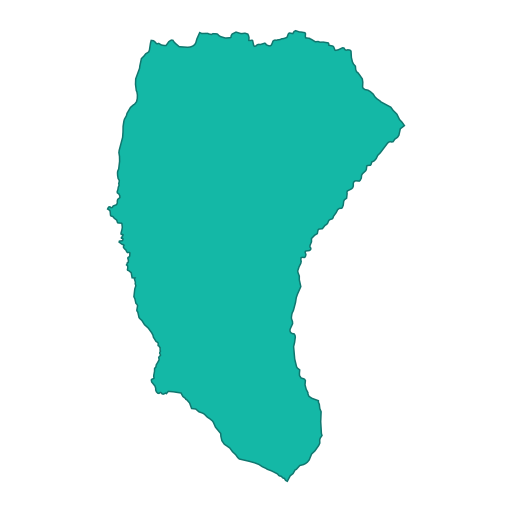 outline of Fatumean, Cova Lima, East Timor
{"feature_id": "22284137B11881161065747", "entity_name": "Fatumean", "entity_type": "district", "adm_level": 2, "iso_a3": "TLS", "parent_name": "East Timor", "parent_adm1": "Cova Lima", "projection": "natural_earth1", "projection_center": [125.027, -9.247], "detail": "fine", "context": "isolated", "style": "filled", "palette": "teal", "viewbox_px": 512, "rotation_deg": 0, "n_neighbors": 0, "source": "geoboundaries", "source_scale": "gbopen_adm2", "svg_char_len": 5992}
<svg xmlns="http://www.w3.org/2000/svg" viewBox="0 0 512 512"><path d="M404.4,125.6L402.1,122.3L399.5,119.5L396.9,114.2L393.1,110.4L390.8,107.2L380.9,101.9L380.2,101.1L376.9,98.8L374.8,96.7L373.2,94.1L370.3,91.6L368.0,90.2L364.7,89.5L362.8,87.8L362.6,86.9L362.8,82.2L362.3,78.9L359.9,75.4L358.0,72.8L357.2,72.4L356.1,70.8L355.7,69.5L355.4,66.2L353.5,64.1L352.4,61.8L351.4,57.6L351.0,51.1L349.9,50.1L347.8,49.8L346.3,50.2L345.1,49.8L343.9,48.0L342.5,47.8L338.3,49.8L335.6,50.4L335.0,50.2L333.7,47.0L332.8,46.1L328.8,45.2L328.8,43.9L328.2,42.9L323.3,42.1L320.0,42.2L318.1,41.5L315.4,41.8L311.3,39.3L310.3,39.0L309.7,38.4L305.6,37.8L305.3,36.2L305.5,33.8L304.9,32.7L300.8,32.0L299.5,32.0L295.6,30.7L294.1,31.5L292.8,33.6L289.5,33.0L288.7,33.4L288.2,34.2L287.2,36.8L286.8,37.4L285.7,37.9L283.5,38.6L281.7,38.8L280.0,39.6L277.6,39.9L276.3,40.3L275.1,40.1L274.2,40.3L273.0,41.1L272.2,43.3L271.2,45.3L270.0,45.9L268.8,45.8L266.3,44.8L265.5,43.5L264.7,43.2L260.5,44.5L258.4,44.4L257.2,44.8L255.7,46.1L254.4,46.3L253.7,45.4L252.6,40.6L252.0,40.2L250.7,40.5L248.8,40.4L249.0,37.6L248.6,35.9L247.8,34.1L245.0,33.2L241.7,33.6L240.6,33.5L236.0,32.1L232.2,34.0L231.3,35.4L230.9,37.3L230.3,37.7L226.2,38.0L225.2,38.0L220.6,36.6L218.9,35.6L217.5,34.1L216.1,33.8L212.9,33.7L211.4,34.5L208.6,33.9L207.8,33.4L201.7,33.5L199.7,32.6L196.9,38.9L195.8,42.8L194.6,44.7L192.7,46.1L190.3,47.0L187.7,47.3L179.2,46.7L175.4,43.4L173.8,41.7L172.9,40.3L171.3,40.1L170.1,40.8L168.8,41.7L166.1,45.5L164.2,45.5L161.4,45.0L158.7,43.4L157.1,43.8L156.4,43.5L154.7,41.6L153.4,40.7L151.2,40.4L150.5,43.1L149.4,50.2L148.6,52.0L145.6,53.9L144.3,55.7L141.4,58.6L139.8,66.1L139.6,68.2L135.7,78.9L135.5,84.3L136.3,90.6L136.9,91.8L137.4,95.0L137.3,98.5L136.5,101.8L134.5,104.3L133.5,104.8L130.5,107.4L127.0,113.4L126.4,115.8L124.5,119.1L123.9,121.1L123.1,126.3L123.0,132.1L122.6,137.4L119.2,150.3L118.9,152.6L119.5,156.4L119.6,161.3L118.7,168.9L117.7,171.2L117.5,172.8L117.6,175.3L118.1,178.4L119.3,180.5L119.1,182.6L118.7,183.2L119.1,185.3L118.3,187.1L117.9,189.6L117.2,191.6L117.3,192.8L118.9,194.0L119.8,195.8L119.9,197.6L117.7,199.4L117.3,200.9L117.3,203.1L116.5,204.7L113.2,206.0L112.3,207.4L111.0,207.7L109.9,206.8L108.9,206.9L108.1,207.9L107.6,209.0L109.8,210.4L110.2,211.8L110.5,215.2L110.9,215.9L112.9,216.6L114.3,218.3L116.7,220.1L117.5,222.5L117.9,222.9L121.5,223.2L121.9,223.7L122.3,227.2L122.0,229.4L121.0,233.2L121.1,234.2L121.6,234.5L122.7,234.4L123.1,234.9L122.3,236.6L121.4,237.5L121.5,238.3L122.3,238.2L122.8,238.5L123.0,239.1L122.5,240.7L119.4,241.1L119.1,242.1L122.4,244.5L123.4,244.6L124.0,245.2L123.5,246.4L123.5,247.5L124.9,249.2L125.8,249.9L126.8,251.9L127.6,252.6L129.2,252.4L129.9,252.9L129.7,256.0L129.2,256.8L128.0,257.5L127.8,258.2L128.4,260.3L128.2,262.4L127.2,263.0L127.2,263.8L126.5,264.9L127.6,265.8L127.8,267.9L127.4,269.5L127.6,270.2L128.8,270.7L131.2,272.7L132.1,277.8L135.0,278.0L134.4,279.0L135.4,282.1L135.2,283.8L135.8,285.4L135.7,286.2L134.8,288.9L133.9,296.7L134.9,298.8L135.9,303.3L137.0,304.4L137.6,305.7L136.8,310.2L137.0,311.0L137.8,312.1L139.0,317.5L139.4,317.8L139.5,318.3L141.9,320.5L144.5,324.7L148.2,328.0L151.7,332.8L153.0,335.3L153.4,337.2L156.0,341.4L157.8,342.5L158.2,343.4L158.1,345.6L159.3,346.3L159.5,347.0L160.1,347.6L160.1,350.4L160.4,350.8L160.4,351.5L159.8,352.2L159.7,353.3L160.4,354.6L160.5,355.4L159.2,356.6L158.7,357.5L159.1,359.4L158.9,360.2L156.8,364.0L156.4,364.4L155.8,367.2L154.6,368.3L154.5,371.5L153.8,375.1L153.7,376.7L154.0,377.6L153.9,378.4L151.6,379.4L151.3,380.0L151.7,382.0L155.0,386.1L155.7,388.4L155.7,390.0L156.4,391.8L157.8,393.2L158.9,393.4L160.4,392.4L161.1,392.7L162.2,393.9L163.5,394.1L165.7,393.1L166.4,393.6L168.3,391.4L173.4,391.8L181.0,393.0L182.9,396.5L185.5,398.5L185.8,399.3L186.8,399.8L189.6,403.0L191.6,408.5L195.7,409.0L198.9,411.8L202.6,413.1L204.3,414.1L207.3,417.1L210.0,418.9L212.4,420.9L213.3,422.2L215.5,427.2L220.7,433.5L220.9,436.4L221.9,440.7L224.3,444.2L229.8,448.0L232.5,451.7L235.7,454.7L237.7,457.5L239.3,459.0L249.2,461.3L254.6,462.8L259.0,464.5L262.3,466.7L266.2,468.5L267.1,469.2L271.4,470.8L277.5,473.9L278.8,475.5L280.1,476.1L281.0,476.1L283.1,478.1L284.5,478.4L285.1,479.7L285.8,480.5L287.3,481.3L290.2,475.8L293.0,473.6L295.2,469.8L296.3,469.4L299.8,465.5L303.4,464.6L305.6,463.5L307.4,462.1L309.2,459.9L311.6,454.0L314.9,450.9L318.7,445.5L319.8,443.1L319.7,439.8L320.3,438.0L322.0,435.5L321.4,433.5L320.7,421.7L321.1,411.7L319.8,408.6L319.3,404.3L318.4,402.2L318.4,400.7L311.9,398.3L308.9,396.3L307.9,393.8L307.9,392.6L306.2,389.3L305.0,384.8L305.4,380.6L304.7,379.4L303.8,378.8L301.1,378.0L299.5,375.6L299.4,373.4L299.7,369.9L297.4,368.1L296.6,366.9L294.7,359.0L293.6,346.6L294.6,342.4L295.3,337.2L295.0,335.3L294.0,333.8L292.3,333.6L290.7,332.6L290.1,331.4L289.9,330.0L290.4,328.5L292.6,323.7L292.5,321.7L291.5,318.8L291.4,317.3L291.8,314.5L292.2,312.9L293.3,310.7L293.8,309.0L295.5,302.5L296.3,297.5L297.5,294.1L300.8,286.6L299.3,279.8L299.3,276.1L297.9,272.3L297.7,270.9L299.1,266.7L300.8,263.3L301.2,261.3L300.8,259.8L301.1,257.7L302.1,257.3L304.3,257.5L305.1,257.0L305.6,255.9L305.9,254.5L305.1,252.2L305.4,251.3L306.4,250.9L309.2,250.6L310.2,250.0L310.8,249.1L310.8,248.1L310.1,247.4L309.9,246.5L310.0,245.4L311.5,241.8L311.5,238.5L314.7,235.2L317.3,233.6L318.0,230.0L318.9,229.1L322.4,228.7L325.0,225.4L326.6,224.4L327.5,223.4L328.8,220.5L329.7,219.7L332.3,218.8L333.0,217.9L333.5,216.3L336.1,212.7L337.7,209.6L339.3,208.4L341.3,208.3L342.2,207.8L343.2,205.3L343.7,201.3L344.4,199.8L346.6,198.2L347.1,193.6L346.9,192.6L347.3,191.0L351.6,188.8L352.7,187.7L353.3,186.0L353.3,183.2L353.7,182.1L354.8,181.1L355.9,180.8L359.3,181.1L360.1,180.4L361.3,178.1L361.6,175.2L362.4,173.8L365.6,170.8L366.3,169.6L366.8,165.9L367.7,165.5L370.5,165.2L371.1,164.3L371.7,162.1L374.1,160.9L375.2,159.8L376.2,158.6L377.7,155.4L380.2,152.9L387.6,143.1L388.7,142.2L389.6,141.8L390.5,141.7L391.6,142.0L393.1,141.7L394.8,139.2L397.5,137.3L398.9,135.2L400.3,128.8L404.4,125.6Z" fill="#14b8a6" stroke="#0f766e" stroke-width="1.5"/></svg>